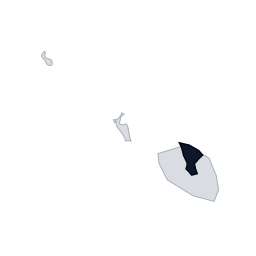 where Saint Patrick sits in Saint Vincent and the Grenadines, rotated 116°
{"feature_id": "VCT-5068", "entity_name": "Saint Patrick", "entity_type": "Parish", "adm_level": 1, "iso_a3": "VCT", "parent_name": "Saint Vincent and the Grenadines", "parent_adm1": "", "projection": "natural_earth1", "projection_center": [-61.236, 13.231], "detail": "fine", "context": "in_parent", "style": "filled", "palette": "ink", "viewbox_px": 256, "rotation_deg": 116, "n_neighbors": 0, "source": "natural_earth", "source_scale": "10m", "svg_char_len": 985}
<svg xmlns="http://www.w3.org/2000/svg" viewBox="0 0 256 256"><g transform="rotate(116 128 128)"><path d="M146.1,84.7L137.9,89.9L117.1,67.7L119.6,41.9L132.2,27.7L144.0,19.4L156.2,18.5L160.4,39.8L157.4,69.9L146.1,84.7ZM131.6,138.6L127.0,142.2L129.2,142.2L127.0,144.7L125.6,142.2L123.4,140.7L120.5,140.1L117.2,140.2L117.2,137.7L121.4,139.2L127.8,137.7L127.9,135.1L126.0,132.6L125.1,130.9L127.5,128.3L135.3,122.6L138.6,119.5L139.0,120.7L139.1,121.9L139.5,123.1L140.7,124.2L136.7,128.7L131.6,138.6ZM101.0,237.4L98.1,237.5L95.6,236.4L96.3,235.4L99.5,234.6L101.0,232.4L100.5,229.5L100.6,226.3L103.2,224.3L105.1,224.1L106.0,225.3L106.5,228.3L105.0,230.7L103.4,232.5L102.6,235.4L101.0,237.4Z" fill="#d9dde1" stroke="#a8b0b8" stroke-width="1"/><path d="M118.8,75.3L116.6,65.6L117.3,54.4L119.7,49.1L124.8,51.0L131.1,52.6L134.8,49.7L138.7,45.8L142.4,50.1L140.4,54.6L139.3,57.9L135.6,58.5L133.4,59.6L128.2,66.1L122.4,70.9L118.8,75.3Z" fill="#0f172a" stroke="#020617" stroke-width="1.5"/></g></svg>